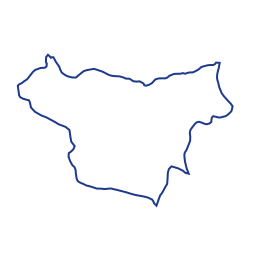 the district of Sri Aman, Sarawak, Malaysia, rotated 175°
{"feature_id": "92858781B67044495158935", "entity_name": "Sri Aman", "entity_type": "district", "adm_level": 2, "iso_a3": "MYS", "parent_name": "Malaysia", "parent_adm1": "Sarawak", "projection": "mercator", "projection_center": [111.279, 1.22], "detail": "fine", "context": "isolated", "style": "outline", "palette": "blue", "viewbox_px": 256, "rotation_deg": 175, "n_neighbors": 0, "source": "geoboundaries", "source_scale": "gbopen_adm2", "svg_char_len": 2407}
<svg xmlns="http://www.w3.org/2000/svg" viewBox="0 0 256 256"><g transform="rotate(175 128 128)"><path d="M31.0,184.9L34.6,185.5L35.9,184.0L37.8,183.3L39.6,183.5L42.8,183.6L44.6,183.3L47.7,182.8L50.1,182.1L51.6,180.8L53.4,179.8L56.3,178.5L59.1,177.7L61.3,178.0L63.8,177.7L66.1,177.1L68.7,177.9L70.7,177.5L74.3,177.7L77.2,177.9L82.3,176.4L84.4,174.8L86.5,174.2L90.4,174.6L93.4,174.7L96.5,174.0L98.9,171.9L100.0,170.8L103.3,169.2L106.2,168.6L108.0,169.1L108.7,171.0L112.2,173.4L115.5,173.5L118.5,174.1L119.8,175.0L121.0,176.1L122.5,177.0L124.4,177.2L126.1,177.5L127.3,178.3L129.5,179.3L131.7,180.1L137.6,181.0L140.7,181.8L142.9,182.8L148.4,186.3L152.0,187.9L156.6,189.9L160.0,189.6L164.1,189.2L166.9,188.6L169.2,187.2L173.1,184.5L175.5,182.8L179.2,183.2L184.0,184.9L186.6,186.7L189.2,189.0L190.4,192.1L191.2,195.2L194.1,200.2L195.2,202.8L196.1,204.9L197.7,205.2L198.7,204.7L199.2,205.4L200.3,206.9L201.4,207.9L203.4,205.7L204.0,201.1L203.3,199.1L203.8,196.4L205.5,195.3L209.8,195.4L215.5,193.9L218.1,191.9L221.4,188.3L224.3,185.3L227.4,183.6L229.9,182.0L232.9,180.8L233.8,179.9L234.1,179.7L233.6,170.0L232.7,168.1L229.8,166.2L224.2,164.2L223.4,161.6L222.9,156.9L219.3,152.3L213.8,148.4L208.1,145.5L199.6,139.9L197.0,137.9L190.2,134.6L186.5,131.1L186.4,129.9L186.2,124.7L185.7,119.3L183.9,116.5L182.7,114.6L184.3,111.5L187.2,109.2L189.1,108.2L189.3,107.4L189.7,104.7L188.6,100.2L186.7,95.9L184.6,93.5L183.9,90.9L183.9,87.0L183.6,82.4L182.9,79.8L181.2,78.2L176.8,75.8L174.2,74.2L171.8,73.5L167.6,71.8L164.5,70.4L160.7,70.0L156.5,69.2L150.6,69.3L145.3,67.6L135.9,64.3L130.2,62.0L126.3,60.6L121.2,59.2L117.0,58.0L114.1,56.9L110.2,54.6L109.2,52.9L108.4,50.5L106.4,48.1L103.7,54.1L101.9,57.9L99.2,61.0L96.4,65.4L93.9,68.8L93.2,72.9L92.2,80.0L90.8,83.6L88.0,86.0L82.0,83.6L80.6,82.9L79.1,81.9L76.9,80.6L74.9,78.4L71.5,77.2L73.1,82.5L74.1,89.3L74.3,94.2L74.1,97.1L73.1,99.2L71.7,100.9L69.8,104.6L67.2,109.9L66.7,114.1L66.8,116.5L66.8,118.4L66.0,120.5L64.2,122.8L62.2,124.9L60.8,126.4L59.2,127.6L56.8,128.0L54.0,126.9L51.2,125.4L49.3,124.9L46.4,125.4L44.6,126.6L44.1,129.0L43.6,130.9L42.2,132.3L39.6,131.6L37.0,130.6L34.9,130.4L32.5,130.9L29.7,131.3L27.6,132.5L25.6,133.9L23.5,135.8L22.6,138.2L21.9,140.5L23.5,143.2L25.9,146.2L29.9,151.6L31.6,154.5L32.5,157.3L33.4,160.2L33.9,163.0L34.2,165.6L34.8,168.1L34.9,170.5L34.6,173.1L33.7,176.2L32.2,180.4L31.0,184.9Z" fill="none" stroke="#1e3a8a" stroke-width="2"/></g></svg>